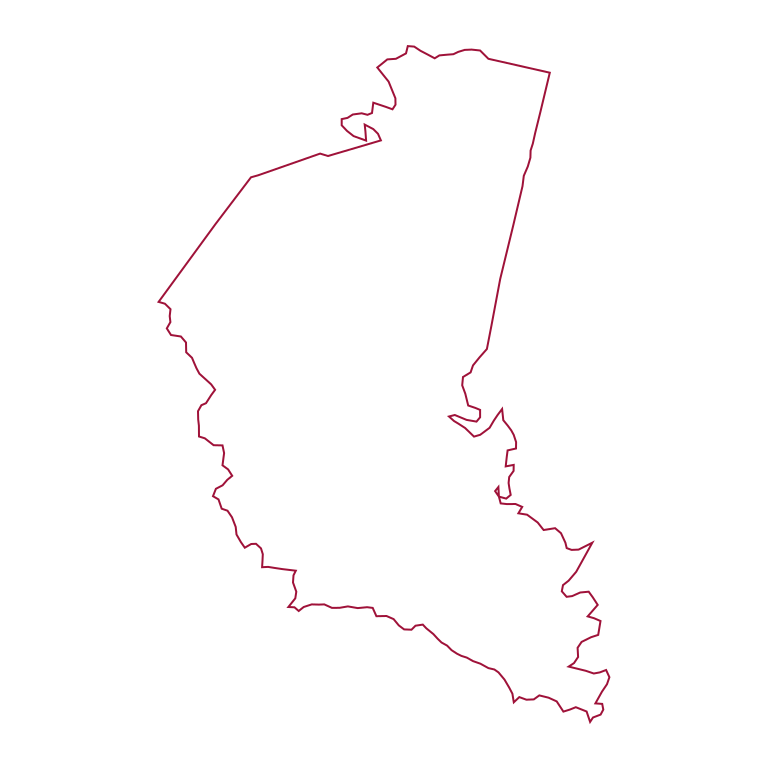 Tomazina, Paraná, Brazil (orthographic projection), rotated 180°
{"feature_id": "56859067B70254716522130", "entity_name": "Tomazina", "entity_type": "district", "adm_level": 2, "iso_a3": "BRA", "parent_name": "Brazil", "parent_adm1": "Paraná", "projection": "orthographic", "projection_center": [-49.982, -23.721], "detail": "fine", "context": "isolated", "style": "outline", "palette": "rose", "viewbox_px": 768, "rotation_deg": 180, "n_neighbors": 0, "source": "geoboundaries", "source_scale": "gbopen_adm2", "svg_char_len": 3221}
<svg xmlns="http://www.w3.org/2000/svg" viewBox="0 0 768 768"><g transform="rotate(180 384 384)"><path d="M447.9,614.4L509.9,592.7L517.0,590.7L552.6,543.8L609.4,466.1L603.1,464.3L597.5,458.8L598.3,451.9L597.6,445.9L601.2,439.6L597.0,433.0L587.1,431.5L582.0,425.5L581.8,415.7L576.0,410.2L573.9,405.2L571.5,399.7L568.6,394.3L556.8,383.6L552.9,378.2L556.8,372.9L562.0,364.8L566.6,362.8L570.0,356.8L569.8,348.5L569.1,342.4L569.0,331.5L563.2,329.7L554.4,322.8L545.5,322.6L543.9,314.9L545.5,302.7L539.9,298.6L535.8,292.2L540.7,288.2L545.4,282.7L552.1,279.2L555.0,271.8L549.5,268.6L546.3,259.3L540.5,257.3L536.0,250.7L532.3,241.1L531.5,233.5L527.1,225.9L523.2,220.3L516.8,224.0L512.0,224.2L507.0,219.6L505.2,213.8L505.5,207.4L505.9,200.8L499.9,201.1L493.0,200.0L485.6,198.9L472.2,197.3L474.5,192.7L475.0,185.5L471.7,176.3L472.7,169.7L479.6,161.0L473.5,160.7L469.3,157.0L464.3,161.0L456.3,163.6L449.1,163.4L443.7,163.6L436.0,160.1L428.3,160.2L420.1,161.6L410.3,159.9L400.9,160.8L395.3,160.1L391.6,151.8L381.5,152.0L374.4,148.9L369.2,142.6L363.9,138.6L356.5,138.3L352.5,142.3L345.2,143.4L341.7,139.7L334.6,133.9L330.4,129.3L326.5,125.5L320.9,122.4L316.4,117.8L311.0,114.3L306.6,112.1L301.2,110.4L295.0,106.9L287.6,104.3L279.6,99.9L273.6,98.5L269.5,95.6L263.5,88.4L258.8,80.4L255.6,74.3L254.2,65.7L248.7,70.9L241.6,68.3L234.2,68.6L228.7,72.6L219.4,70.3L211.3,66.6L204.6,56.4L198.2,58.4L192.2,60.8L181.4,56.5L177.9,46.1L175.0,50.5L167.4,53.4L164.7,58.4L165.8,64.1L172.6,64.6L166.0,76.4L161.0,83.8L158.6,90.8L161.9,98.0L168.2,95.6L174.2,94.5L182.2,97.2L199.3,101.4L194.0,104.9L189.9,111.0L190.4,120.2L186.4,126.1L176.9,130.8L169.8,133.1L167.5,147.0L174.0,149.8L180.3,151.6L170.3,163.1L175.3,170.8L179.3,176.3L187.8,175.5L195.9,171.9L201.4,171.2L206.2,176.7L205.0,182.9L199.4,187.3L191.8,196.2L186.7,205.4L175.7,225.3L189.4,218.4L196.4,218.1L201.3,219.9L202.6,225.3L207.0,234.8L212.9,239.8L224.4,238.0L230.3,245.5L240.9,253.3L249.6,254.7L245.8,261.1L252.5,264.0L261.0,263.9L267.3,264.6L269.1,271.4L261.8,269.4L257.3,273.1L258.6,279.7L259.4,285.0L258.8,291.0L254.4,297.1L254.3,303.1L262.3,301.6L261.2,311.5L260.4,317.6L252.0,319.5L251.9,325.9L254.3,333.2L256.8,337.7L260.2,342.3L264.7,347.8L265.9,359.0L270.4,353.0L274.1,347.5L278.4,340.2L287.8,333.2L294.0,331.4L302.9,340.0L309.7,344.4L314.0,347.0L319.0,351.5L313.2,353.0L301.4,348.1L291.5,346.4L287.9,350.7L287.9,358.1L292.7,360.1L299.8,362.5L302.7,374.3L305.8,382.7L305.0,391.0L297.4,395.6L295.0,402.6L288.5,410.6L281.1,419.0L276.5,442.7L267.8,489.0L254.7,542.8L253.1,549.6L245.5,581.8L244.2,592.2L240.2,601.5L237.6,610.3L237.4,617.5L235.2,624.3L232.8,635.1L227.6,656.1L218.2,695.3L279.6,709.2L287.9,717.5L296.4,718.4L303.3,718.1L309.8,716.1L314.6,713.8L321.0,713.3L328.6,712.6L333.3,709.7L340.4,713.5L347.5,717.2L353.8,721.4L360.2,721.9L362.0,714.6L372.1,709.2L380.7,708.6L390.7,700.5L383.1,691.0L379.4,686.4L372.6,669.7L372.5,663.3L375.5,658.7L382.1,661.1L394.7,665.3L396.0,655.0L400.5,653.2L406.3,654.7L415.2,653.5L420.5,650.1L426.3,648.9L426.3,642.7L421.0,637.1L414.4,631.9L401.9,627.4L402.6,636.9L403.3,643.4L394.7,638.9L390.0,634.2L387.1,627.6L440.0,612.0L447.9,614.4ZM269.1,271.4L272.9,276.9L269.6,281.0L269.1,271.4Z" fill="none" stroke="#9f1239" stroke-width="2"/></g></svg>